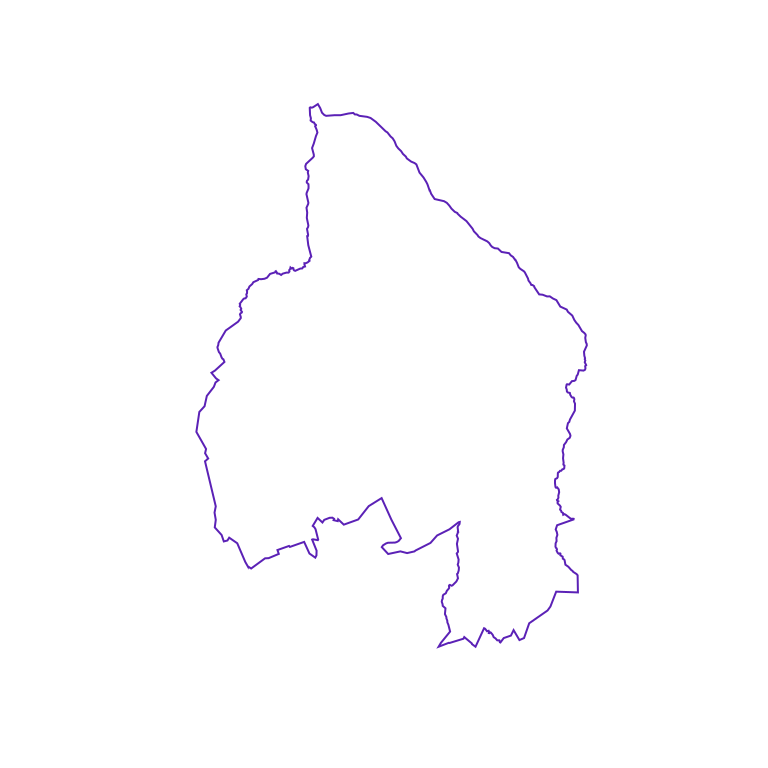 the district of Mutare, Manicaland, Zimbabwe, rotated 161°
{"feature_id": "62879985B35185654442710", "entity_name": "Mutare", "entity_type": "district", "adm_level": 2, "iso_a3": "ZWE", "parent_name": "Zimbabwe", "parent_adm1": "Manicaland", "projection": "robinson", "projection_center": [32.311, -19.249], "detail": "fine", "context": "isolated", "style": "outline", "palette": "violet", "viewbox_px": 768, "rotation_deg": 161, "n_neighbors": 0, "source": "geoboundaries", "source_scale": "gbopen_adm2", "svg_char_len": 6164}
<svg xmlns="http://www.w3.org/2000/svg" viewBox="0 0 768 768"><g transform="rotate(161 384 384)"><path d="M355.4,670.2L360.9,668.8L362.3,668.8L363.6,669.6L364.3,669.3L366.4,662.2L366.6,659.1L367.6,657.0L366.3,654.9L365.0,654.0L364.9,652.7L364.0,651.2L364.1,650.7L365.2,650.2L364.9,646.4L365.1,643.4L367.6,640.6L372.2,634.1L375.2,630.5L375.7,623.8L376.2,622.1L377.6,621.2L386.0,617.5L387.5,615.6L388.0,612.5L386.3,610.2L387.2,608.7L387.6,605.1L389.2,602.0L390.7,601.2L391.3,600.2L391.4,599.6L390.4,597.5L391.0,595.4L391.7,593.5L394.8,590.0L395.5,588.8L396.5,580.0L397.1,578.9L399.9,575.9L400.8,571.1L402.9,566.2L403.9,558.5L404.7,557.1L406.3,555.7L407.2,549.7L407.8,548.7L408.5,548.8L410.4,539.9L411.3,528.1L412.8,527.4L414.5,525.4L414.3,524.7L416.8,523.8L419.3,523.7L419.9,524.1L420.3,523.1L420.4,520.8L422.3,520.9L423.7,519.9L425.6,520.4L431.1,519.9L432.0,520.7L432.3,521.6L432.0,523.0L432.7,523.6L433.8,523.3L434.5,524.6L435.4,523.2L436.6,522.5L436.8,521.1L438.0,520.4L440.1,521.1L443.9,521.3L445.8,520.6L447.2,522.4L449.1,523.3L449.0,524.1L449.4,524.3L449.1,524.3L449.5,525.9L449.9,525.8L450.1,525.0L455.9,525.2L460.0,522.6L462.7,522.4L466.1,523.1L468.5,524.2L469.2,523.3L474.4,522.8L476.1,521.4L479.5,520.0L481.2,518.1L483.2,517.3L483.4,515.8L484.0,514.4L485.0,513.6L485.3,511.3L487.0,510.1L488.3,510.4L489.5,510.0L494.3,506.8L494.2,505.6L495.2,504.4L494.7,503.4L494.5,501.5L495.5,500.7L494.8,498.4L495.2,497.9L496.7,497.5L497.5,496.8L497.6,493.9L498.0,492.9L501.7,490.4L516.2,486.1L527.0,476.9L528.1,474.7L529.5,473.1L529.7,471.7L529.7,467.9L529.0,466.1L528.9,462.1L528.6,460.6L527.8,459.6L527.7,456.8L539.5,451.7L543.5,450.8L541.0,444.0L539.2,441.5L542.8,440.3L545.8,436.7L555.4,430.4L560.9,421.4L567.7,417.7L577.0,399.8L573.4,380.5L575.7,376.8L574.5,370.8L578.4,369.2L582.9,323.1L586.1,317.6L587.3,310.3L590.7,303.5L586.7,294.1L586.7,287.3L583.0,287.0L580.4,289.1L574.6,281.2L573.1,260.9L572.1,255.6L572.0,255.8L569.7,252.8L553.2,257.9L549.8,256.9L538.8,257.6L538.8,261.7L526.5,261.8L526.0,260.6L510.9,260.7L509.7,248.0L505.5,242.2L503.7,243.9L502.0,248.4L502.6,260.3L501.7,260.3L497.4,257.9L496.9,258.3L496.0,269.0L496.5,271.2L497.6,273.0L490.4,279.0L487.3,273.1L484.7,275.0L479.0,275.2L476.3,274.4L475.1,272.8L476.0,271.7L472.4,269.4L471.4,271.0L467.8,264.1L452.5,264.3L438.2,273.5L423.4,276.9L421.2,253.4L418.2,232.7L421.3,230.8L423.5,230.4L425.3,230.5L431.9,232.6L433.9,232.6L437.4,231.8L439.2,230.5L435.4,221.9L423.0,220.4L417.2,216.6L409.7,215.8L408.4,216.3L391.8,218.6L383.1,223.5L369.4,225.3L358.5,229.0L357.3,228.9L358.2,227.0L360.4,225.5L361.0,224.7L362.0,220.1L362.3,220.2L362.7,219.2L364.6,217.0L364.4,213.6L367.1,209.1L368.5,201.6L369.0,200.9L370.4,200.1L370.6,193.8L371.8,191.0L373.1,189.2L372.9,186.1L374.0,183.5L375.8,181.0L376.8,180.5L377.3,176.2L379.9,173.7L384.8,171.3L385.9,171.3L387.1,172.6L387.8,172.5L388.3,172.0L388.7,170.1L389.3,169.5L391.9,168.0L393.7,166.0L396.5,165.4L397.5,164.3L398.4,161.9L399.5,160.8L400.3,159.3L400.3,156.8L400.7,155.1L398.9,151.9L401.3,146.6L400.9,143.4L401.3,142.0L401.2,139.8L401.7,137.9L401.5,135.5L402.1,128.4L414.5,120.7L417.9,117.8L407.0,118.2L406.4,117.8L391.8,117.3L390.5,118.6L385.4,110.1L385.5,109.4L383.0,105.8L368.9,120.5L368.1,119.7L367.1,116.7L365.4,116.6L365.3,115.8L366.0,114.4L365.4,114.1L364.5,114.7L363.9,114.2L362.9,111.5L362.7,108.9L361.4,107.2L360.4,104.8L358.4,104.1L358.5,102.1L358.1,101.7L353.5,104.8L345.9,104.8L341.6,109.1L339.3,97.8L334.3,98.2L324.6,110.5L303.1,116.6L299.1,119.4L288.8,131.6L268.5,123.8L263.2,140.1L263.8,141.6L266.3,144.8L266.6,145.9L267.5,147.1L269.2,151.2L271.3,154.1L270.6,158.7L271.1,159.9L271.8,160.6L271.3,162.6L273.0,164.6L272.4,166.2L272.7,166.6L274.2,166.7L274.8,168.0L275.1,170.3L274.3,171.3L274.3,172.4L274.8,173.2L274.8,174.4L273.6,177.5L272.0,179.2L271.1,182.4L269.2,184.9L268.8,187.8L269.0,190.6L266.3,194.1L248.9,194.2L248.6,194.8L249.3,195.2L250.1,194.9L251.8,196.6L254.7,201.1L255.7,202.2L257.1,202.0L256.8,203.9L257.9,205.2L257.8,206.6L258.4,207.9L256.9,210.3L257.2,211.7L258.7,214.5L258.4,215.7L257.3,216.4L258.2,217.5L258.2,218.1L257.2,218.5L256.1,219.7L255.6,221.6L253.6,224.7L253.1,227.5L253.9,229.9L255.0,229.8L255.4,230.8L254.6,234.6L253.6,237.4L252.9,238.4L251.0,238.6L250.0,239.5L248.6,243.2L248.2,243.6L247.2,243.7L245.8,244.6L244.6,244.3L243.1,245.3L241.9,245.1L241.0,245.7L239.9,248.2L240.6,249.3L240.5,249.8L239.8,251.0L238.9,255.5L237.3,259.0L237.0,262.0L236.5,263.5L234.6,265.6L233.7,267.8L230.8,269.7L228.7,271.8L226.0,272.6L225.0,273.7L224.5,274.5L224.4,276.3L225.6,282.5L222.8,287.1L221.2,287.8L219.7,289.9L212.2,296.7L209.8,303.2L210.0,305.8L209.0,307.6L208.9,308.7L209.2,309.5L210.3,309.8L210.9,310.7L211.4,313.1L211.2,315.1L212.8,316.0L213.5,317.3L213.0,319.4L213.1,321.3L211.5,324.0L211.0,324.2L209.1,323.2L205.4,325.5L202.9,325.0L201.6,325.4L199.1,329.0L197.8,329.8L195.2,333.6L190.9,331.7L189.2,332.1L188.4,333.3L188.0,335.4L186.7,336.0L187.1,339.3L186.0,340.7L186.1,342.2L185.5,342.9L185.4,345.4L184.4,349.4L179.7,354.4L179.3,355.9L179.5,357.8L178.7,362.1L177.4,364.4L177.3,365.3L178.0,367.1L179.6,369.6L181.0,376.5L182.3,379.4L183.2,382.6L183.7,387.4L186.6,392.4L187.0,394.9L192.1,399.8L193.7,407.2L196.4,409.8L198.7,412.9L201.3,413.7L205.0,416.8L208.1,418.2L210.3,426.5L210.2,427.6L211.4,429.3L212.5,429.7L212.7,431.6L213.7,434.8L213.5,436.8L214.5,443.7L215.0,445.0L217.7,448.6L218.6,450.5L218.8,455.3L219.3,458.6L219.6,458.6L220.6,462.1L222.3,464.4L223.2,467.0L229.9,470.6L232.2,475.0L235.2,476.4L237.1,478.4L238.0,480.4L238.6,482.9L239.9,485.2L245.2,490.5L246.7,492.7L247.1,494.4L249.3,499.1L249.7,502.0L253.0,511.2L257.0,517.2L259.0,521.1L259.0,521.8L261.0,523.7L263.1,527.8L264.2,531.5L265.6,534.8L267.7,537.3L275.9,542.4L277.5,548.5L277.6,552.2L277.9,552.2L277.9,558.7L278.3,561.5L279.4,566.4L281.6,572.3L281.9,581.1L283.2,583.0L285.9,585.4L289.0,589.9L289.3,591.9L291.2,595.4L292.0,598.6L293.8,602.1L294.8,605.2L295.0,610.0L295.8,613.5L297.2,615.9L298.9,620.8L300.2,622.4L306.4,634.6L310.1,639.9L313.0,642.1L320.0,645.6L322.0,647.7L323.8,648.4L324.8,650.3L329.4,651.3L337.6,652.3L343.4,654.3L351.4,656.4L352.9,657.8L354.3,660.7L354.5,665.7L355.4,670.2Z" fill="none" stroke="#5b21b6" stroke-width="2"/></g></svg>